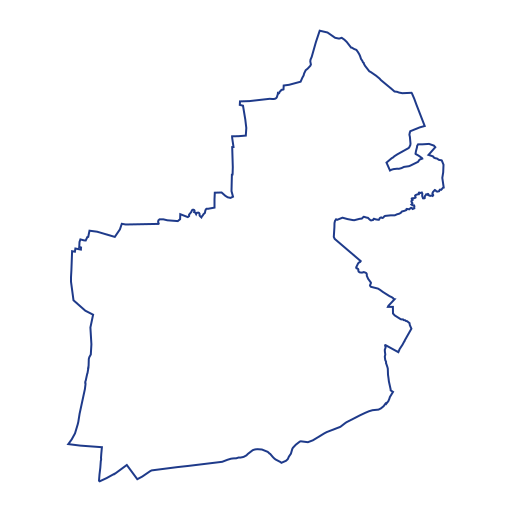 Salard, Bihor, Romania
{"feature_id": "2599482B49105030234410", "entity_name": "Salard", "entity_type": "district", "adm_level": 2, "iso_a3": "ROU", "parent_name": "Romania", "parent_adm1": "Bihor", "projection": "mercator", "projection_center": [22.046, 47.233], "detail": "fine", "context": "isolated", "style": "outline", "palette": "blue", "viewbox_px": 512, "rotation_deg": 0, "n_neighbors": 0, "source": "geoboundaries", "source_scale": "gbopen_adm2", "svg_char_len": 6013}
<svg xmlns="http://www.w3.org/2000/svg" viewBox="0 0 512 512"><path d="M386.3,403.7L388.3,401.2L389.3,398.9L389.9,397.0L393.0,391.9L390.7,390.4L390.6,389.2L388.9,381.5L388.5,378.2L388.0,374.7L387.8,368.7L387.4,367.1L386.4,364.1L386.0,363.1L386.1,362.0L385.7,360.9L385.4,360.5L385.2,359.7L384.8,356.7L385.3,354.5L384.9,351.7L384.8,349.8L385.6,347.5L385.1,345.3L385.5,345.1L398.2,352.1L398.3,351.7L398.5,351.8L399.2,350.3L399.3,349.7L399.8,348.8L402.5,344.7L404.1,341.7L404.5,341.3L404.6,340.7L411.4,328.7L409.8,325.0L409.5,323.1L407.1,321.2L406.0,321.0L405.2,320.3L403.7,320.1L403.0,319.4L401.6,319.4L400.7,319.2L394.7,315.4L393.0,313.5L392.9,306.9L387.9,306.9L388.4,305.8L394.6,299.2L393.6,299.0L393.2,298.2L391.6,297.1L389.6,296.2L383.1,292.1L380.1,289.9L378.0,288.6L370.9,286.8L370.3,286.1L370.0,285.3L370.9,283.2L370.9,282.6L368.2,278.9L366.8,275.8L366.8,274.4L366.6,273.6L366.1,273.0L364.6,272.3L363.4,272.1L362.8,272.5L361.6,272.6L359.8,272.4L358.7,271.7L358.5,271.2L358.3,270.7L358.4,269.8L358.1,269.0L356.9,268.2L356.5,268.3L356.3,268.0L356.2,267.3L358.0,263.6L358.7,262.7L360.2,261.9L360.7,261.1L334.7,238.9L333.8,236.9L334.4,227.2L334.5,223.0L335.0,220.9L336.1,219.3L337.2,219.8L342.5,217.7L347.6,219.1L352.9,220.1L354.3,220.2L359.7,218.8L361.8,218.6L363.6,216.8L364.0,216.8L366.6,217.6L367.9,217.8L369.4,219.3L370.6,220.3L371.3,220.4L373.2,219.9L373.7,218.8L374.2,218.8L375.8,219.4L378.5,219.8L379.0,219.7L379.8,218.1L380.4,217.7L381.2,217.4L382.2,218.0L382.5,217.9L383.1,217.7L384.5,216.2L385.3,215.9L391.0,215.3L394.6,215.3L395.1,215.2L397.0,214.3L399.2,213.7L400.7,212.9L401.9,211.5L404.2,210.9L406.3,210.1L406.4,209.2L406.8,208.9L409.3,209.3L410.3,208.3L411.1,207.8L411.8,208.0L412.0,208.4L412.6,209.0L414.3,208.3L414.2,207.1L414.4,206.4L414.1,205.4L412.6,205.3L411.4,204.5L412.4,203.5L412.4,203.1L411.4,201.7L411.4,201.1L412.6,200.0L411.9,199.3L411.7,198.9L411.7,198.6L412.0,198.3L414.6,198.1L415.6,197.5L415.5,196.9L415.2,196.3L415.1,195.6L415.6,195.1L417.3,194.4L418.8,194.2L418.7,193.3L418.8,192.9L419.0,192.6L419.4,192.6L420.4,193.0L421.8,192.5L422.3,193.5L422.2,196.0L423.0,198.3L424.1,198.4L424.7,198.1L424.8,196.2L425.6,195.3L426.2,194.3L427.0,194.4L427.9,193.9L428.2,194.0L428.4,194.3L428.1,195.0L430.2,195.9L431.3,195.5L432.6,196.0L433.2,195.1L432.4,193.3L433.0,192.0L434.8,190.0L435.3,190.2L436.5,191.4L437.5,191.6L439.1,191.2L439.8,189.7L440.2,189.6L441.2,189.8L443.1,187.6L443.7,187.5L442.3,177.9L443.2,172.3L443.5,164.7L441.8,160.5L441.5,160.3L439.0,159.9L436.9,158.5L435.6,158.3L434.2,157.8L433.6,157.3L433.4,156.7L432.8,156.3L428.5,154.9L435.3,147.2L433.9,145.6L429.0,143.9L422.8,144.3L418.1,144.3L417.1,146.0L417.0,147.2L416.0,151.0L415.5,153.8L415.8,154.1L417.7,155.1L419.6,156.3L422.2,158.3L422.3,158.6L419.9,159.5L419.1,160.2L418.1,161.8L410.4,165.6L408.9,166.2L404.0,166.9L401.5,168.1L398.9,168.8L397.2,168.7L393.6,169.1L391.5,169.7L390.0,170.5L386.5,162.6L391.7,158.2L393.0,157.5L394.3,156.3L397.4,154.3L408.7,148.0L409.3,147.2L410.3,145.1L410.5,143.6L409.9,136.9L409.4,134.7L409.8,132.6L410.3,131.2L419.7,127.4L424.7,126.0L416.4,104.6L414.2,98.6L411.9,93.3L411.5,92.8L402.4,93.2L399.2,92.6L397.0,91.8L394.5,91.5L391.9,89.2L380.8,80.0L379.6,78.6L376.2,75.8L370.7,72.0L369.3,71.3L365.1,65.9L364.0,64.0L363.8,63.0L363.0,62.4L362.3,60.8L361.0,58.9L360.2,56.4L359.4,54.5L358.1,52.3L356.4,49.9L353.9,48.9L352.0,47.7L351.1,47.6L346.7,41.9L344.4,39.7L341.7,37.8L339.5,38.5L338.5,38.5L335.1,37.8L327.5,32.5L319.7,30.7L315.9,42.1L311.7,56.9L310.5,59.7L310.3,61.5L310.9,64.5L310.3,65.8L307.6,68.7L305.7,70.2L304.1,73.5L303.6,75.5L302.4,77.6L300.6,81.7L289.1,84.8L283.7,85.5L283.5,89.4L282.8,89.7L281.5,89.8L280.3,91.3L279.6,91.7L279.2,93.0L278.4,93.7L277.9,93.3L277.8,94.2L276.8,97.3L276.2,98.1L275.2,98.7L273.8,99.0L272.4,99.0L269.7,98.8L249.4,101.1L240.0,101.4L239.8,104.9L243.0,105.7L245.3,119.6L246.3,128.0L245.8,135.6L238.4,136.2L232.1,136.3L232.2,138.1L233.5,147.0L232.2,147.1L232.8,167.2L232.6,173.8L232.5,174.6L231.9,174.7L231.5,191.1L233.0,196.7L230.5,197.9L227.7,197.3L225.3,195.8L221.6,192.5L214.8,192.7L214.5,199.3L214.5,207.6L208.0,208.8L206.8,208.7L206.1,209.1L205.4,210.3L204.9,212.9L203.4,214.3L202.8,215.4L201.8,216.5L201.4,217.4L200.1,216.2L199.6,215.5L199.5,213.7L199.0,212.9L198.4,212.6L196.9,212.8L196.3,213.6L196.1,214.1L195.2,212.5L194.1,212.1L194.5,210.5L194.1,210.0L193.4,209.7L192.5,209.8L192.0,210.3L191.2,212.1L189.1,214.6L189.1,216.1L187.8,217.1L180.3,214.2L180.1,219.2L177.8,221.1L167.4,220.3L163.2,219.3L159.6,219.3L158.4,220.4L158.1,221.9L158.7,223.6L158.5,223.9L125.7,224.5L121.8,223.8L119.9,229.4L114.8,236.9L97.1,231.7L89.5,230.7L88.2,236.9L87.3,237.1L85.7,240.5L84.1,240.4L80.4,239.4L79.5,242.0L79.3,245.9L79.2,247.1L80.0,247.1L81.0,247.5L80.8,248.5L81.0,248.9L80.9,249.6L75.4,248.5L74.9,251.7L72.1,251.2L71.4,270.1L71.0,277.2L71.0,281.7L73.5,300.3L85.3,310.7L93.1,314.7L90.4,327.5L91.4,344.3L90.8,354.5L89.3,357.2L88.8,359.0L88.6,365.8L88.2,367.8L88.4,367.8L87.5,373.1L87.2,373.8L85.7,380.7L85.4,381.3L85.2,382.9L85.5,383.1L85.5,384.3L84.9,389.1L79.6,413.7L78.3,421.9L77.7,424.4L75.6,431.4L75.0,433.4L71.7,439.4L68.3,444.1L80.2,445.6L101.9,447.2L101.3,453.6L101.0,457.9L101.1,458.7L101.1,459.8L100.8,461.0L100.3,467.8L99.5,474.4L99.0,480.7L99.7,481.3L106.6,478.1L114.2,473.9L114.3,474.1L115.1,473.6L126.8,465.0L137.3,479.2L142.2,476.6L150.4,471.0L151.7,470.4L177.4,467.1L188.5,465.9L222.2,461.8L227.4,459.8L231.0,458.7L233.4,458.4L236.2,458.3L238.7,457.5L240.2,457.6L242.8,457.1L243.8,456.8L246.4,455.4L248.0,453.8L252.7,450.2L254.4,449.6L255.9,449.3L257.7,449.2L261.9,449.5L267.6,451.8L268.6,452.6L269.3,453.4L270.2,453.9L272.8,457.0L274.3,458.5L275.6,459.5L280.4,462.0L281.4,462.8L286.0,460.8L287.8,459.1L288.9,456.6L290.9,453.7L292.3,448.9L292.9,447.8L295.8,444.7L299.8,441.6L300.8,441.3L307.9,442.2L312.9,440.3L324.4,433.3L326.9,432.0L340.4,426.8L345.6,422.8L346.7,422.1L360.2,415.2L365.3,412.8L369.1,411.2L372.5,410.2L378.5,409.6L380.9,408.4L383.6,406.2L385.8,403.2L386.0,403.1L386.3,403.7Z" fill="none" stroke="#1e3a8a" stroke-width="2"/></svg>